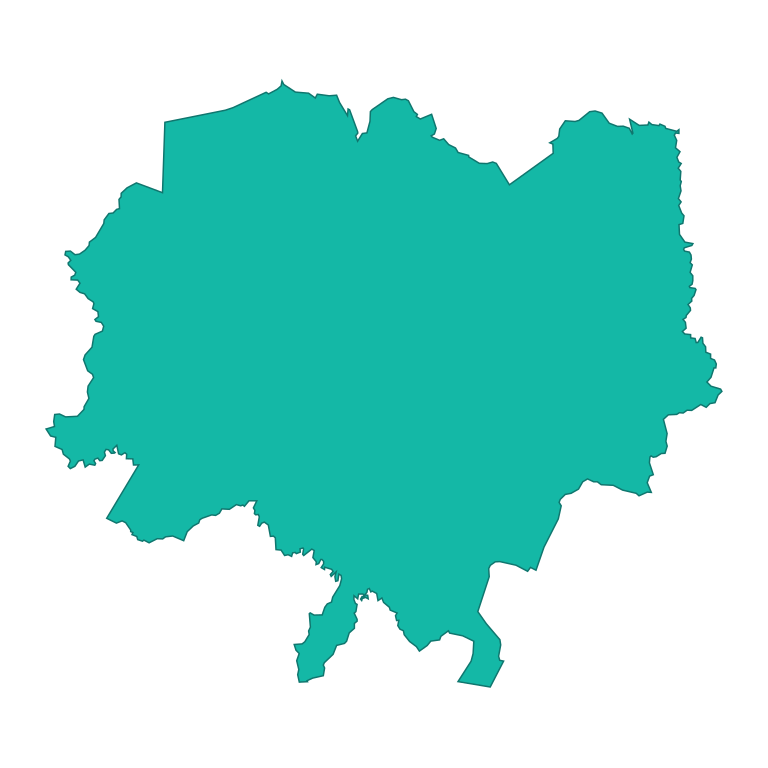 Atotonilco el Grande, Hidalgo, Mexico
{"feature_id": "50627088B60694242822101", "entity_name": "Atotonilco el Grande", "entity_type": "district", "adm_level": 2, "iso_a3": "MEX", "parent_name": "Mexico", "parent_adm1": "Hidalgo", "projection": "natural_earth1", "projection_center": [-98.662, 20.341], "detail": "fine", "context": "isolated", "style": "filled", "palette": "teal", "viewbox_px": 768, "rotation_deg": 0, "n_neighbors": 0, "source": "geoboundaries", "source_scale": "gbopen_adm2", "svg_char_len": 6046}
<svg xmlns="http://www.w3.org/2000/svg" viewBox="0 0 768 768"><path d="M106.7,518.3L116.4,523.1L122.1,520.9L125.7,522.7L130.7,530.0L130.7,531.6L132.9,532.5L132.0,534.6L136.8,536.5L137.7,539.6L142.5,541.2L143.9,540.1L149.1,542.8L157.2,538.7L162.7,538.9L165.6,536.8L172.7,536.0L183.7,540.7L187.2,531.7L193.3,525.9L198.7,523.0L199.8,519.7L202.3,518.2L211.7,514.9L215.6,515.4L219.4,513.2L221.9,508.9L229.4,509.3L236.4,504.6L240.7,505.8L242.9,505.0L244.4,506.3L249.0,500.8L256.8,500.8L253.4,507.9L254.9,510.4L254.4,513.6L255.7,514.8L258.3,514.5L259.3,516.8L257.8,525.3L259.6,526.3L261.7,523.2L264.3,522.1L268.3,525.0L270.4,536.4L273.4,536.1L275.3,537.7L276.0,549.6L281.1,550.1L284.6,555.5L288.1,554.7L291.6,556.4L292.6,552.9L295.2,552.4L296.3,553.6L300.3,552.1L300.0,548.8L303.0,548.0L303.6,549.0L302.7,554.3L303.7,555.5L311.8,549.1L314.2,550.5L312.9,557.6L316.3,561.8L316.0,564.6L318.7,563.6L320.8,559.5L322.0,559.5L323.6,561.3L323.6,563.9L321.2,567.6L324.5,569.5L324.7,567.2L331.6,569.3L333.1,571.4L330.3,574.5L331.2,576.4L336.1,571.9L334.9,576.7L335.7,581.3L337.9,580.7L338.9,574.2L341.1,575.4L341.6,578.7L339.8,585.6L332.7,597.1L331.5,602.1L327.3,603.9L324.8,607.3L322.2,614.9L314.1,615.1L310.2,612.9L309.3,613.7L310.4,627.1L308.6,631.0L309.2,634.5L304.8,641.8L302.1,643.9L294.2,644.5L296.0,650.2L299.2,653.5L296.7,660.7L298.8,669.5L297.7,674.7L299.3,682.1L307.5,681.7L307.0,680.7L312.7,678.1L323.3,675.7L324.6,668.0L323.3,665.1L324.3,662.7L333.1,654.3L336.6,645.4L344.5,643.4L346.6,641.2L349.2,632.9L354.4,628.3L354.4,623.4L357.1,621.2L357.1,619.3L354.2,613.1L355.9,611.6L357.1,604.4L355.4,603.4L353.9,599.5L354.0,595.7L357.7,598.8L358.6,594.1L362.9,594.0L364.7,596.7L362.1,596.5L360.6,599.1L362.1,601.3L361.4,600.1L362.6,598.4L365.6,597.4L368.2,598.8L367.7,595.3L364.6,594.9L366.9,592.4L367.5,589.3L369.3,588.5L370.8,591.9L372.2,591.1L376.7,593.5L378.0,600.6L381.9,598.0L383.6,602.4L389.4,607.3L390.2,610.1L397.1,613.0L395.5,615.7L396.6,620.5L398.8,620.3L397.8,625.6L400.0,629.2L403.4,630.7L404.2,634.7L409.6,641.5L416.4,646.6L419.4,651.1L427.2,645.5L430.8,641.1L439.6,639.9L440.9,636.3L448.4,630.8L449.6,633.1L462.7,635.8L473.8,641.2L473.1,653.6L471.1,661.2L458.0,681.6L490.2,687.0L503.6,661.1L499.7,660.3L498.6,656.2L500.7,644.9L499.9,639.7L486.2,623.6L477.8,611.6L489.2,576.7L488.7,568.6L490.3,565.3L495.3,561.8L499.9,561.6L516.0,565.2L527.6,571.3L530.5,567.4L536.0,570.2L544.0,547.1L558.3,518.9L561.2,505.8L559.1,502.4L560.3,499.3L565.3,494.4L571.1,493.3L578.5,489.1L582.7,481.8L587.5,478.9L593.7,481.8L597.4,481.8L601.2,484.7L613.3,485.3L622.6,490.1L636.2,493.3L639.0,495.8L647.3,492.1L651.3,492.4L647.2,482.7L649.6,476.1L653.3,474.7L649.4,462.8L649.9,457.1L651.1,455.9L653.2,457.2L656.2,456.7L661.3,453.5L665.0,453.3L667.2,446.1L665.9,441.3L667.1,433.6L663.4,419.3L668.4,414.8L676.7,414.4L679.4,412.7L683.2,413.0L687.1,410.2L691.7,410.4L700.8,404.5L706.2,407.3L709.9,403.6L715.0,402.7L718.1,395.0L721.9,391.4L720.6,389.1L711.0,386.2L706.9,382.0L711.0,377.3L714.0,367.9L715.8,367.9L716.3,364.0L714.5,360.0L710.6,358.4L710.6,354.1L705.8,352.2L705.6,346.8L702.9,343.3L702.5,337.8L701.1,337.2L697.8,342.5L696.2,342.6L695.1,338.5L690.7,337.9L690.6,334.6L684.8,334.0L682.4,331.5L686.1,328.2L685.4,322.3L683.0,319.4L686.0,317.5L686.3,315.4L690.5,310.4L690.3,307.9L688.0,304.5L691.8,301.1L691.6,298.4L694.1,295.4L696.0,289.6L695.1,288.4L689.8,287.6L689.3,286.3L692.1,284.2L692.8,280.7L692.8,275.8L690.1,272.4L692.3,264.9L690.1,262.7L691.4,259.1L691.0,255.0L689.4,252.1L684.6,251.1L683.6,249.4L684.3,247.8L691.9,245.4L692.9,243.6L684.9,242.1L679.5,234.4L679.0,224.6L682.8,223.4L684.0,215.8L681.7,213.1L678.7,205.5L681.1,201.9L678.4,198.6L681.0,190.9L680.2,185.7L681.3,181.5L680.2,180.0L680.8,171.4L678.2,168.2L681.2,163.5L678.7,162.0L676.9,157.3L680.0,151.7L675.5,147.8L676.7,140.4L674.3,135.2L675.5,133.0L678.9,133.4L678.9,129.7L676.8,131.3L665.7,128.4L665.0,126.3L659.9,124.1L659.0,125.6L651.9,124.6L648.9,122.1L647.9,125.0L639.2,125.4L629.6,119.2L632.9,133.2L632.2,134.0L629.3,128.3L623.3,126.2L617.5,126.4L609.2,123.2L602.0,113.1L595.1,111.0L589.7,111.7L579.0,120.4L575.1,121.5L565.3,120.8L559.7,129.0L558.8,136.3L557.3,138.4L549.8,142.8L552.9,144.1L553.2,153.3L509.4,184.8L496.3,163.4L492.7,162.0L487.2,163.6L479.3,163.3L468.8,157.0L468.6,155.4L458.1,152.5L455.5,148.0L448.7,144.6L443.7,138.8L439.6,140.3L432.3,137.2L431.2,135.8L434.4,134.0L436.2,128.5L431.6,114.3L420.3,119.0L416.3,116.6L417.4,114.4L413.9,111.7L408.4,100.8L405.5,99.2L401.5,99.7L393.4,97.4L387.8,98.8L372.2,109.6L370.4,111.6L370.0,121.3L366.9,132.9L362.4,133.5L357.6,141.2L355.6,135.9L357.8,133.1L357.6,131.6L349.6,109.8L348.1,109.0L347.5,115.6L339.6,102.6L336.6,95.2L329.2,95.8L317.3,94.2L315.3,98.0L308.6,93.2L295.4,92.1L283.8,84.5L282.0,81.0L281.1,85.9L277.2,89.3L268.6,93.9L266.1,92.3L232.9,107.7L225.4,110.2L164.9,122.3L162.5,192.7L136.4,182.9L127.1,187.8L121.2,193.3L121.1,196.9L119.0,199.4L119.5,208.6L116.6,209.4L113.1,213.0L108.9,213.5L104.2,219.8L103.8,223.5L95.6,237.4L89.4,242.1L89.1,245.5L85.1,250.2L79.5,254.1L75.0,254.7L70.4,251.1L65.7,251.4L65.0,254.9L68.3,256.8L70.8,260.3L68.1,263.0L68.4,264.7L75.8,272.3L74.7,275.2L71.2,277.1L71.1,279.8L77.7,280.1L80.0,283.2L76.2,289.2L80.0,292.4L84.6,293.8L88.1,298.6L93.2,301.9L93.9,303.6L92.6,308.6L97.9,311.6L98.5,316.7L94.9,319.5L96.0,321.3L101.3,322.4L103.7,326.2L102.4,331.1L95.1,334.3L93.8,336.3L92.0,347.2L85.1,354.9L83.5,359.6L87.7,370.8L92.5,374.3L93.6,377.6L88.1,386.1L87.4,392.0L88.9,398.4L84.1,406.7L84.0,409.4L77.4,416.3L65.6,416.9L59.5,414.0L54.7,414.5L53.7,421.6L54.5,426.5L46.1,429.0L50.6,436.0L55.8,437.3L55.0,446.4L62.1,449.5L63.4,454.2L69.4,458.9L70.4,461.1L68.1,466.3L70.3,468.6L74.9,466.3L78.5,461.0L83.1,459.9L85.2,467.1L89.3,464.1L94.8,465.2L95.6,463.6L93.9,460.7L95.0,459.1L97.9,458.1L99.8,460.7L102.2,460.4L105.4,455.7L104.4,452.1L106.0,449.4L108.6,449.8L111.3,453.3L114.3,453.1L115.1,452.6L113.1,450.8L113.0,449.0L116.8,445.3L118.6,453.8L121.4,454.9L124.9,452.7L126.7,454.2L126.4,458.7L132.8,458.9L133.5,465.0L138.7,464.9L106.7,518.3Z" fill="#14b8a6" stroke="#0f766e" stroke-width="1.5"/></svg>